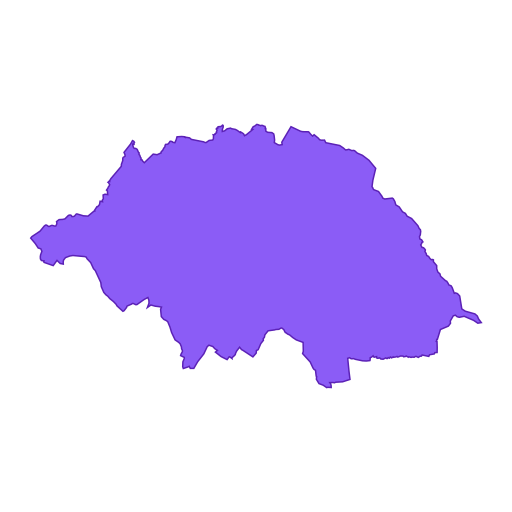 Mioarele, Arges, Romania
{"feature_id": "2599482B82004798024884", "entity_name": "Mioarele", "entity_type": "district", "adm_level": 2, "iso_a3": "ROU", "parent_name": "Romania", "parent_adm1": "Arges", "projection": "orthographic", "projection_center": [25.1, 45.232], "detail": "fine", "context": "isolated", "style": "filled", "palette": "violet", "viewbox_px": 512, "rotation_deg": 0, "n_neighbors": 0, "source": "geoboundaries", "source_scale": "gbopen_adm2", "svg_char_len": 6070}
<svg xmlns="http://www.w3.org/2000/svg" viewBox="0 0 512 512"><path d="M369.9,360.6L370.1,360.1L370.2,357.7L371.6,357.1L373.1,355.8L373.6,356.8L374.2,357.2L376.6,356.6L376.6,357.9L377.7,358.3L379.7,357.9L380.8,359.0L383.2,359.2L385.8,357.9L387.0,358.6L387.5,358.4L388.2,357.6L389.4,358.2L389.7,358.0L390.1,357.2L390.6,357.0L391.7,357.9L393.1,356.9L393.4,357.3L396.0,356.9L397.0,356.4L397.8,357.1L400.6,356.0L403.0,356.1L403.7,356.8L405.4,356.5L406.2,356.0L408.3,357.2L408.5,356.9L408.9,356.8L411.1,357.4L411.9,357.1L414.4,357.2L415.2,356.5L416.2,356.4L418.3,357.4L419.9,356.3L421.5,356.1L422.1,355.0L428.8,356.4L429.5,354.8L434.3,353.9L434.8,352.6L437.1,352.5L437.2,347.7L437.0,341.5L436.3,341.4L436.7,340.3L436.7,339.4L437.4,339.3L440.4,329.5L448.4,326.1L450.5,323.3L450.3,321.0L453.3,315.8L455.4,315.2L457.1,316.7L459.3,317.3L464.2,316.3L473.7,320.4L477.8,323.2L481.3,322.6L478.6,319.0L477.3,316.0L474.9,313.9L465.3,311.2L461.8,308.9L459.7,296.0L457.5,293.6L455.5,292.9L454.3,293.3L452.2,287.6L451.1,285.8L448.8,284.9L448.1,283.3L446.7,281.2L445.5,280.7L440.6,276.3L439.9,273.8L437.9,272.1L436.7,268.8L436.7,265.6L433.4,261.7L433.4,259.8L432.7,259.5L431.3,259.7L430.0,258.6L428.6,256.4L426.7,255.5L426.2,253.6L424.9,251.4L425.4,250.0L424.6,248.8L423.5,247.7L422.0,247.4L420.7,244.9L421.6,243.7L421.9,242.5L422.9,241.9L421.6,239.8L419.8,238.9L419.5,236.5L420.3,234.9L420.7,231.4L420.4,229.7L419.2,228.5L417.9,225.7L411.6,218.5L407.1,216.2L405.4,213.4L402.5,211.8L399.2,206.9L395.8,204.9L394.8,201.4L393.3,198.8L392.3,198.1L384.7,199.0L382.8,198.1L381.9,196.2L378.5,191.5L373.8,189.7L373.1,188.8L372.7,187.6L372.0,186.7L372.9,180.1L375.7,168.4L369.0,160.3L362.4,155.3L357.3,153.1L354.6,150.7L353.5,150.4L351.8,150.6L348.8,149.3L346.9,149.8L345.5,149.9L343.4,148.0L339.7,145.5L325.8,142.7L324.5,140.1L321.5,140.2L319.8,139.8L319.4,139.5L318.5,138.3L314.1,134.7L312.6,136.1L311.1,134.7L308.6,131.8L302.8,131.7L300.7,131.3L291.0,126.7L281.8,142.2L282.2,144.6L279.4,145.1L277.9,144.7L274.3,142.6L274.6,140.0L274.1,135.6L273.7,133.9L271.9,132.6L267.6,132.3L265.8,131.1L265.8,128.7L265.3,128.6L265.5,128.0L265.0,126.4L263.5,126.0L263.0,125.6L261.9,125.3L260.6,125.7L259.7,125.2L259.0,125.3L258.2,124.7L256.8,124.4L254.8,126.0L253.2,126.7L251.6,129.3L252.7,129.5L246.4,134.7L244.5,135.7L243.7,134.0L242.7,133.2L240.4,131.8L240.2,131.9L240.1,132.5L237.6,130.6L235.4,129.4L231.6,128.7L230.5,128.1L227.1,128.8L224.7,130.8L222.3,131.5L222.3,130.2L222.6,128.7L223.2,127.1L223.2,126.1L223.1,125.4L222.5,125.1L221.7,126.0L220.8,126.5L218.3,126.7L217.9,126.9L217.7,128.2L216.8,128.1L216.2,129.0L217.1,130.2L216.3,132.1L216.6,132.7L214.9,133.9L215.0,134.4L213.8,134.9L213.2,134.8L213.5,135.6L213.4,138.7L212.8,139.9L212.4,140.1L209.2,140.4L206.0,142.6L205.0,142.5L203.5,141.8L191.4,139.4L189.6,137.9L186.4,137.3L185.8,137.6L185.1,137.4L185.2,137.0L185.0,136.8L181.7,136.5L177.0,136.8L176.3,139.4L174.9,142.7L172.8,142.3L172.3,141.7L170.8,141.2L170.0,141.4L169.1,142.8L168.0,144.0L167.2,144.3L165.6,144.4L165.1,145.3L164.9,146.8L163.8,148.1L162.5,150.6L161.4,151.4L161.0,152.4L161.1,152.9L157.1,154.7L153.2,154.1L144.3,162.7L142.7,161.2L142.2,160.0L140.9,159.7L141.1,158.7L140.9,157.7L140.4,157.2L139.8,155.2L139.1,154.6L139.0,153.5L139.2,153.0L138.4,152.2L137.2,149.4L135.7,148.4L134.3,148.4L133.5,147.5L132.8,145.4L132.7,144.2L132.8,144.0L133.9,144.5L134.1,144.3L134.0,143.2L134.2,142.3L134.4,142.2L133.7,141.2L132.5,140.6L130.6,144.0L124.0,152.4L124.9,154.4L125.1,156.0L125.0,156.3L123.2,157.4L122.8,158.1L122.7,160.8L121.4,164.3L121.3,166.3L110.9,178.6L109.7,180.6L109.7,181.1L109.4,180.9L108.0,182.3L108.5,182.6L109.7,184.7L109.1,186.0L108.3,187.0L107.9,188.1L106.5,190.1L107.4,190.9L107.7,194.6L105.0,194.2L103.1,195.0L103.3,198.8L102.2,200.4L102.5,201.7L100.1,201.2L99.5,204.6L97.6,206.7L96.9,206.7L94.7,210.1L94.8,211.0L94.1,211.0L88.0,216.1L83.4,215.8L76.9,213.9L76.2,214.1L74.4,216.2L73.5,216.5L71.9,216.6L71.2,215.4L70.7,215.1L69.1,215.1L68.2,215.6L64.9,218.9L62.7,219.4L59.1,219.6L57.1,221.1L56.5,221.7L56.8,222.6L56.8,223.9L55.8,226.0L54.8,226.1L52.4,225.4L51.6,225.4L49.1,226.5L48.5,226.4L46.6,225.1L45.5,225.1L44.2,226.1L40.1,231.1L31.9,236.6L30.7,238.1L35.3,243.6L38.2,248.0L40.8,248.8L41.9,251.3L40.6,254.8L40.3,256.7L40.4,258.9L41.4,260.5L44.0,260.9L43.7,261.7L44.1,262.4L53.2,265.6L57.0,260.4L60.2,263.5L63.3,264.1L63.2,261.9L63.6,260.0L65.5,257.6L69.8,256.0L72.9,255.5L84.8,256.6L86.3,257.2L87.0,258.7L90.7,262.6L93.5,268.7L95.3,270.6L100.8,282.5L101.3,286.7L103.8,292.4L105.9,294.8L107.8,296.2L109.8,298.6L113.4,301.5L116.2,304.4L116.9,305.8L122.9,311.3L124.1,310.7L126.6,307.4L126.9,306.3L127.2,306.0L131.6,304.1L132.3,303.5L133.3,303.5L135.8,304.7L136.9,304.6L144.1,299.5L147.9,297.5L148.9,300.3L149.0,303.2L147.4,307.5L150.9,305.0L155.2,306.2L159.4,306.7L161.5,307.1L160.6,309.3L161.3,316.6L163.8,319.4L166.5,320.7L167.8,321.8L170.0,327.2L171.6,332.5L175.1,339.9L178.6,342.3L180.1,343.7L181.4,346.8L181.6,348.8L182.4,350.4L182.4,351.7L181.1,354.0L180.6,355.6L184.3,357.4L184.3,358.5L182.9,361.8L182.7,366.7L183.3,368.5L188.1,366.9L189.2,366.3L190.3,368.4L193.8,368.4L197.7,361.7L203.8,353.9L207.2,346.7L208.9,345.2L212.8,346.5L214.8,348.7L217.4,350.4L215.4,352.1L221.1,356.6L227.1,359.6L229.1,356.9L229.5,356.7L232.0,358.5L231.9,357.8L234.6,355.4L235.3,354.5L235.6,353.2L236.6,351.1L239.6,347.2L241.5,349.6L242.7,350.2L252.9,356.9L256.2,353.1L256.4,350.5L258.0,349.8L258.3,349.4L260.8,343.6L263.4,340.3L263.2,338.8L264.4,337.3L264.9,334.8L268.1,330.8L274.6,329.9L275.8,329.5L278.9,329.3L281.1,328.0L281.9,328.1L283.8,329.6L284.8,331.7L285.4,332.6L285.9,332.7L287.7,334.1L289.6,334.9L292.7,337.5L296.3,339.9L303.1,342.4L303.3,351.3L302.6,353.6L310.2,362.0L313.0,368.0L314.0,369.4L315.5,370.3L316.2,376.2L316.6,376.5L316.4,379.3L319.0,383.6L323.2,385.2L326.7,387.6L327.7,387.3L331.2,387.5L331.1,385.5L330.7,383.9L329.8,382.6L333.0,382.5L334.3,382.8L335.8,382.2L342.6,381.8L350.0,379.4L349.0,371.4L347.7,358.3L349.7,357.7L350.6,358.5L351.7,358.8L353.6,358.6L355.3,359.3L362.5,360.8L366.3,361.0L369.9,360.6Z" fill="#8b5cf6" stroke="#5b21b6" stroke-width="1.5"/></svg>